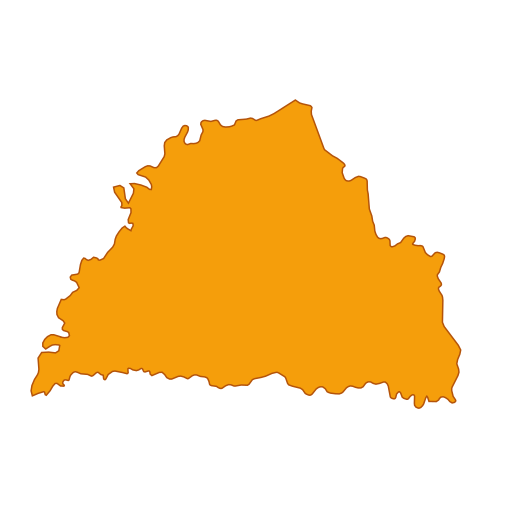 the border of Ternopil', rotated 95°
{"feature_id": "UKR-292", "entity_name": "Ternopil'", "entity_type": "Region", "adm_level": 1, "iso_a3": "UKR", "parent_name": "Ukraine", "parent_adm1": "", "projection": "natural_earth1", "projection_center": [25.734, 49.388], "detail": "fine", "context": "isolated", "style": "filled", "palette": "amber", "viewbox_px": 512, "rotation_deg": 95, "n_neighbors": 0, "source": "natural_earth", "source_scale": "10m", "svg_char_len": 6078}
<svg xmlns="http://www.w3.org/2000/svg" viewBox="0 0 512 512"><g transform="rotate(95 256 256)"><path d="M354.1,43.7L357.5,44.4L369.5,49.2L370.9,49.5L373.1,49.3L378.6,47.4L382.0,44.7L382.7,44.4L383.6,44.6L384.6,45.7L385.3,47.8L384.1,50.2L382.1,52.2L381.2,53.7L380.4,55.4L379.9,57.3L380.5,59.6L382.1,60.9L383.5,61.5L385.3,63.7L385.8,71.0L381.8,72.7L380.8,73.6L382.3,74.5L388.8,76.1L390.6,77.0L392.6,78.7L393.4,80.4L393.3,81.5L392.6,83.5L390.9,85.0L388.8,85.4L381.9,85.8L381.0,86.2L380.6,86.9L380.5,87.8L381.1,88.8L382.4,90.2L384.8,91.7L385.4,92.4L385.6,93.4L384.9,96.3L383.9,98.0L379.8,100.0L378.7,101.2L378.9,102.1L381.1,103.9L384.8,104.5L385.8,105.0L386.3,106.0L386.0,108.0L385.5,109.1L384.7,109.9L374.0,112.9L371.8,114.2L370.3,116.2L370.4,118.0L372.2,121.9L373.2,125.4L372.7,128.1L371.4,131.0L371.6,133.3L372.6,135.0L373.6,135.9L376.9,137.9L378.3,140.0L378.5,142.8L378.1,145.5L377.3,148.3L377.2,150.7L378.0,152.6L379.4,154.4L383.9,157.5L385.0,158.7L386.1,161.0L386.3,164.9L386.1,169.7L385.6,171.8L385.0,173.3L382.2,175.4L380.8,177.7L380.5,178.6L380.8,181.0L381.8,182.8L383.3,184.5L388.6,188.0L389.7,189.3L390.0,190.3L389.9,191.6L389.2,193.8L388.6,195.0L385.1,197.9L383.8,200.3L382.5,208.5L381.5,212.2L380.2,213.4L375.1,215.7L373.8,216.7L370.5,223.2L370.1,224.4L370.1,225.6L371.5,229.8L374.9,236.0L376.5,240.3L378.3,246.6L379.0,248.0L379.6,248.9L384.4,251.8L385.5,253.3L385.8,259.5L387.4,265.5L387.4,266.7L386.5,269.6L386.5,272.1L387.9,274.9L390.7,278.3L391.0,279.2L391.0,280.3L390.4,282.1L389.3,284.0L389.0,289.1L388.6,290.3L387.9,291.0L385.1,291.9L382.7,293.2L381.5,294.4L380.9,296.6L380.8,300.9L379.7,304.7L379.7,305.8L379.9,307.2L380.8,309.0L384.0,312.7L384.2,313.6L382.7,317.5L382.2,320.6L382.7,323.0L385.9,329.2L386.1,331.4L384.9,334.3L382.1,336.6L380.0,339.4L380.4,342.2L384.2,349.3L382.9,351.1L380.6,351.7L380.0,352.2L379.9,353.2L381.2,356.5L380.9,357.8L378.4,359.2L378.0,359.9L378.1,360.8L379.7,362.9L380.6,365.2L380.2,368.7L379.0,371.3L378.9,373.1L379.3,373.7L380.5,373.7L383.4,373.2L384.2,373.6L384.5,374.3L383.7,378.9L382.9,386.5L383.5,388.9L386.9,392.9L391.4,394.8L392.2,395.3L392.4,395.9L392.0,396.8L391.1,397.2L388.1,397.8L387.6,400.2L385.7,403.0L385.7,404.0L386.3,405.0L388.8,407.4L389.6,408.3L390.0,409.5L388.6,413.4L388.6,420.2L387.4,423.8L387.0,425.8L387.4,427.0L388.3,428.3L390.6,430.1L392.2,430.8L395.9,431.5L396.4,432.2L396.0,434.3L396.0,435.4L396.5,436.4L398.1,437.4L399.3,437.5L400.2,437.2L401.3,435.9L401.9,435.7L402.4,436.1L402.5,439.4L400.3,443.0L400.3,444.0L400.6,445.1L403.4,447.1L408.2,449.4L413.0,452.8L412.5,453.9L410.0,454.8L409.7,455.8L411.8,461.0L414.8,466.6L409.9,468.3L404.5,467.9L398.3,465.9L393.5,463.4L391.2,462.6L387.8,462.4L376.7,464.2L370.8,461.1L369.8,454.2L370.0,447.3L367.6,444.2L362.2,443.7L361.8,444.8L361.8,448.3L362.4,451.1L364.0,453.6L367.0,457.4L364.6,460.5L361.2,460.8L357.5,459.2L354.5,456.7L352.3,453.3L352.1,450.5L353.8,442.5L353.8,444.2L354.1,439.6L353.4,436.3L351.6,434.9L348.6,435.9L347.8,437.3L347.0,441.2L346.0,442.5L344.2,442.7L339.5,440.7L337.3,442.5L334.7,447.3L331.6,449.2L328.6,449.6L325.5,449.3L316.2,446.2L316.3,443.4L315.6,441.9L311.6,437.6L308.2,435.5L305.9,431.6L303.0,429.4L297.9,432.4L296.6,434.6L296.1,436.8L295.3,438.5L293.2,439.2L291.1,437.9L289.6,432.1L288.1,430.8L279.7,430.1L275.5,429.1L273.1,427.5L273.3,426.1L274.3,424.7L275.0,422.8L273.8,420.1L271.4,417.7L271.8,415.0L272.4,413.4L273.6,412.7L273.8,411.2L271.8,407.6L265.3,404.1L259.6,399.5L256.4,398.1L251.5,397.7L248.2,396.8L243.8,394.5L239.8,391.8L237.7,389.2L239.1,387.8L240.1,386.2L241.7,382.8L240.0,382.5L237.1,381.2L235.9,381.0L234.2,381.6L234.1,383.2L234.5,384.9L234.0,385.9L230.9,386.5L223.7,384.3L219.9,384.7L218.9,385.9L219.8,391.0L219.5,394.6L218.9,394.8L217.4,394.0L214.4,394.4L204.8,402.4L199.8,403.9L197.6,397.7L199.7,393.6L210.4,391.1L214.5,387.7L204.2,383.6L199.7,383.5L195.0,387.7L194.4,383.4L195.3,376.9L197.0,370.8L198.9,367.9L198.9,366.1L196.2,365.9L193.9,366.5L189.7,369.4L187.0,372.8L185.2,380.5L183.7,382.0L181.2,380.2L176.7,374.1L175.6,371.8L175.5,369.4L176.9,365.3L176.7,362.9L175.0,361.2L165.0,356.1L162.1,355.7L154.2,357.0L150.9,356.8L148.1,355.0L145.5,351.2L144.6,349.0L144.1,346.1L142.9,344.4L141.3,343.3L135.1,341.2L132.9,339.8L132.2,338.2L132.3,336.4L133.2,335.0L134.1,334.6L136.3,334.5L138.5,335.0L143.9,337.3L146.0,337.8L148.0,337.7L149.6,336.9L150.7,335.6L151.0,333.9L149.6,330.8L149.5,327.9L148.9,325.4L147.9,323.6L146.1,322.1L140.3,321.2L136.7,319.7L134.7,319.8L129.7,322.5L127.9,322.4L127.0,321.9L125.8,320.5L125.3,318.8L125.9,312.7L124.4,308.6L124.2,307.0L125.0,305.4L128.5,302.8L129.9,300.6L130.2,297.6L129.6,293.9L128.8,291.6L127.3,288.9L123.2,287.6L121.9,285.9L120.5,277.6L119.1,273.5L119.3,271.5L120.9,268.3L120.9,267.2L118.8,263.2L115.5,255.3L112.6,250.5L97.2,230.4L99.7,226.0L100.4,223.0L101.5,215.1L102.3,213.9L103.3,213.2L106.9,213.6L110.2,213.1L143.0,197.7L144.2,196.9L149.5,188.6L151.7,183.5L155.9,176.9L157.0,175.8L157.9,175.3L158.8,175.4L160.5,177.1L161.5,177.4L165.5,177.4L170.8,175.0L172.1,174.0L172.9,173.0L173.2,172.1L173.3,170.2L173.1,169.4L172.4,167.9L169.2,163.9L167.7,160.8L167.8,158.9L169.0,154.6L169.7,152.9L170.6,152.2L171.7,151.8L180.6,150.8L184.4,149.7L199.3,147.2L206.1,144.1L211.3,142.8L215.0,140.9L220.8,139.8L224.0,138.4L226.6,136.6L227.6,135.2L227.9,133.4L227.5,131.7L226.4,129.4L226.2,128.4L226.4,127.2L227.3,125.3L228.2,124.4L229.3,123.9L233.8,123.3L234.6,122.6L235.0,121.8L234.9,120.9L233.9,118.6L231.6,116.1L230.0,113.1L225.3,110.3L223.5,108.5L222.5,106.2L223.0,100.9L223.2,99.9L223.9,99.1L225.1,98.8L227.5,99.3L230.0,101.0L230.7,100.9L231.4,98.8L231.6,95.6L231.3,92.8L231.7,91.0L232.3,90.4L237.8,87.6L239.7,85.4L241.3,82.3L241.0,80.8L237.5,78.1L237.0,77.4L236.5,75.8L236.8,73.8L237.9,70.0L238.8,68.5L240.2,68.1L242.4,68.3L247.1,69.4L251.1,70.9L255.9,71.9L258.9,73.7L260.1,73.7L262.7,72.5L266.8,69.2L267.7,68.9L268.6,68.8L269.8,69.5L271.1,71.0L271.9,71.4L273.2,71.3L275.0,70.4L279.0,67.3L280.7,66.6L283.9,66.0L305.8,64.5L309.9,62.4L327.3,46.7L331.8,43.9L336.1,44.4L341.5,46.1L345.9,46.6L351.0,44.3L354.1,43.7Z" fill="#f59e0b" stroke="#b45309" stroke-width="1.5"/></g></svg>